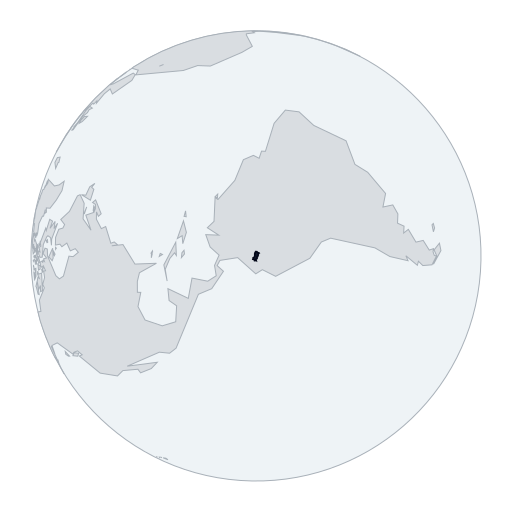 the Earth from above Orellana, rotated 274°
{"feature_id": "ECU-1286", "entity_name": "Orellana", "entity_type": "Province", "adm_level": 1, "iso_a3": "ECU", "parent_name": "Ecuador", "parent_adm1": "", "projection": "orthographic", "projection_center": [-76.398, -0.797], "detail": "fine", "context": "on_globe", "style": "filled", "palette": "ink", "viewbox_px": 512, "rotation_deg": 274, "n_neighbors": 0, "source": "natural_earth", "source_scale": "10m", "svg_char_len": 8460}
<svg xmlns="http://www.w3.org/2000/svg" viewBox="0 0 512 512"><g transform="rotate(274 256 256)"><circle cx="256" cy="256" r="225" fill="#eef3f6" stroke="#a8b0b8"/><path d="M151.7,56.3L156.9,53.8L160.5,52.1L158.9,52.7L164.2,50.3L165.1,49.9L169.6,48.0L176.1,45.3L185.0,42.4L185.7,45.3L196.9,43.0L209.5,47.1L212.8,45.2L219.7,46.6L226.2,45.2L226.6,47.1L231.4,44.5L229.7,43.2L231.2,41.8L234.8,41.1L236.1,43.0L234.4,43.7L236.7,43.9L235.8,45.3L238.3,44.3L239.4,47.2L243.7,43.4L249.1,45.0L248.4,47.3L241.4,48.1L222.4,57.7L219.5,61.5L222.5,65.3L242.8,69.4L242.6,73.6L247.3,78.5L250.7,75.2L248.2,70.4L255.7,66.4L251.7,61.7L254.1,59.6L252.9,55.1L260.7,54.8L268.9,57.4L270.4,61.4L274.0,62.9L278.8,58.7L287.5,66.8L303.5,73.7L304.9,76.3L296.6,80.9L281.0,80.9L270.2,89.6L284.9,83.4L288.2,91.2L292.0,92.5L296.3,92.2L298.0,89.2L300.8,92.1L287.3,98.6L284.6,96.0L288.9,93.8L281.6,94.2L272.5,99.8L274.9,104.0L258.6,110.3L260.1,113.6L257.4,117.3L256.1,111.4L258.1,122.5L239.5,135.8L241.8,157.2L231.2,140.9L222.3,139.4L211.5,140.2L211.7,143.6L197.3,141.8L184.4,149.8L179.8,167.3L184.8,180.5L200.8,180.3L205.5,172.4L217.3,170.4L209.0,191.4L229.5,193.7L227.5,209.6L233.5,217.7L243.7,215.3L254.3,219.1L261.8,209.6L273.8,204.4L274.2,217.4L280.8,205.5L287.6,211.7L311.5,211.1L309.7,214.1L329.9,229.6L351.2,236.7L356.2,246.4L353.7,252.3L361.0,254.2L361.1,258.1L389.6,264.8L403.6,275.1L402.8,288.9L390.3,304.5L377.2,337.8L354.3,348.3L347.3,361.6L327.4,380.9L313.7,379.2L316.5,388.9L307.9,394.6L298.6,394.9L296.1,401.6L289.2,401.7L293.2,406.1L281.0,414.6L283.2,421.7L274.0,428.4L275.7,432.5L272.6,432.3L269.1,433.8L268.5,436.0L259.5,432.2L258.1,423.1L262.1,418.4L258.0,417.6L266.7,405.5L261.9,408.0L264.8,389.6L272.4,374.1L279.0,329.2L274.5,320.2L257.5,309.9L237.1,277.0L242.8,263.3L238.2,257.0L253.1,237.8L249.1,220.3L243.7,217.9L238.5,224.6L220.3,214.1L213.8,201.2L158.5,182.7L153.0,176.6L153.3,166.3L137.1,135.2L143.1,164.9L136.4,159.4L131.4,149.0L134.8,146.1L132.4,131.2L126.7,126.2L128.3,108.7L143.9,86.7L145.3,89.5L148.9,84.6L147.3,81.1L145.4,80.1L155.5,63.8L152.5,58.7L144.3,62.2L151.8,58.0L131.2,69.0L124.9,72.8L136.6,65.6L141.2,62.8L139.2,63.5L143.6,60.8L144.9,60.0L151.7,56.3ZM46.6,182.4L48.2,177.4L48.0,180.2L46.6,182.4ZM48.8,174.7L48.3,176.3L48.6,175.1L48.8,174.7ZM48.7,174.0L48.7,174.5L48.7,174.0ZM48.3,173.7L48.6,173.6L48.5,173.9L48.3,173.7ZM240.7,164.7L264.2,175.0L251.0,176.5L253.5,174.5L247.5,170.2L236.4,166.4L224.8,169.1L240.7,164.7ZM48.5,171.7L48.6,171.0L49.0,170.5L48.5,171.7ZM251.0,152.4L246.9,151.7L250.9,151.5L251.0,152.4ZM143.8,80.3L146.8,81.4L146.6,85.9L143.6,85.1L143.8,80.3ZM144.7,73.1L147.4,72.4L143.1,77.0L143.0,75.9L144.7,73.1ZM137.4,65.8L139.0,65.4L135.9,66.7L137.4,65.8ZM248.7,55.6L250.7,55.4L249.9,56.3L248.7,55.6ZM246.2,54.0L243.8,55.4L242.2,54.8L243.8,54.0L246.2,54.0ZM249.6,52.6L239.8,53.8L237.1,53.0L240.7,49.4L249.6,52.6ZM227.6,43.1L229.5,44.5L224.5,44.1L227.6,43.1ZM224.0,43.3L206.5,45.4L205.4,43.6L211.5,43.0L207.4,41.6L215.5,39.5L219.5,39.9L218.6,41.4L222.4,39.5L224.0,43.3ZM231.4,41.3L227.9,41.6L226.8,40.0L233.4,38.9L231.7,39.7L231.4,41.3ZM202.4,42.4L202.7,41.3L209.3,39.2L210.3,38.6L215.6,39.4L202.4,42.4ZM233.8,39.8L236.9,38.5L240.7,38.8L234.7,40.8L233.8,39.8ZM223.6,40.0L223.4,39.3L225.7,39.3L223.6,40.0ZM256.2,39.9L252.1,39.9L251.1,38.9L256.2,39.9ZM237.7,38.0L236.4,38.0L235.6,37.7L238.3,37.0L237.7,38.0ZM219.9,38.0L222.6,37.6L218.1,37.6L222.8,36.4L225.5,37.3L226.4,36.4L227.8,36.1L228.4,37.3L219.9,38.0ZM238.6,35.7L243.6,37.0L251.4,36.9L252.5,37.7L239.7,37.8L238.6,35.7ZM232.5,36.5L236.5,36.1L235.8,37.0L232.7,37.8L232.5,36.5ZM225.1,35.4L217.1,37.0L216.8,36.8L225.1,35.4ZM241.0,35.4L239.7,35.2L241.6,35.3L241.0,35.4ZM230.2,35.1L227.4,35.6L227.1,35.4L230.2,35.1ZM239.5,34.4L241.2,34.7L239.1,35.2L239.5,34.4ZM235.4,34.6L235.7,34.1L237.4,35.1L234.2,34.8L235.4,34.6ZM230.4,34.8L229.3,34.8L231.6,34.7L230.4,34.8ZM246.6,32.9L249.2,34.1L244.6,34.9L242.6,33.6L246.6,32.9ZM274.3,440.1L260.1,433.6L268.2,436.6L274.5,433.2L281.6,438.1L274.3,440.1ZM292.5,431.3L299.4,429.4L300.8,430.6L296.4,432.2L292.5,431.3ZM415.9,97.3L417.8,99.2L418.2,99.7L423.8,105.7L416.5,98.3L417.8,101.7L429.9,120.8L428.5,122.9L422.5,119.9L407.6,101.4L412.5,98.9L407.3,93.4L397.3,86.2L399.6,86.4L396.2,83.5L397.1,82.7L389.7,75.6L389.3,74.7L377.9,66.7L376.1,65.4L383.4,70.3L388.2,73.7L388.0,73.4L402.4,84.8L415.9,97.3ZM381.0,68.6L370.3,61.9L372.3,63.5L360.7,56.9L345.8,49.4L363.8,58.2L381.0,68.6ZM462.4,346.2L471.7,320.5L476.3,303.0L478.8,289.5L480.4,260.1L480.5,243.7L479.6,237.0L478.6,238.8L477.0,230.9L475.9,230.9L464.9,237.7L458.2,227.8L442.3,197.2L441.9,184.5L436.0,170.6L428.3,123.5L433.2,125.6L434.6,119.2L436.0,120.6L442.9,130.6L445.4,134.0L453.5,147.6L460.6,161.8L466.7,176.4L471.8,191.4L475.8,206.7L478.7,222.3L480.6,238.0L481.3,253.8L480.9,269.6L479.4,285.4L476.7,301.0L473.0,316.4L468.3,331.5L462.4,346.2ZM438.6,146.3L440.6,150.4L438.6,146.3ZM312.2,211.0L315.1,213.5L311.3,213.5L312.2,211.0ZM249.2,181.7L254.1,181.9L256.7,183.8L253.0,184.5L249.2,181.7ZM290.5,181.5L296.1,182.6L290.3,183.6L290.5,181.5ZM267.9,176.3L286.0,181.2L274.7,184.9L263.2,182.1L271.1,180.9L267.9,176.3ZM248.8,159.5L251.9,160.3L251.0,162.6L248.8,159.5ZM253.9,152.4L252.7,152.6L251.1,150.8L253.9,152.4ZM289.0,90.8L290.1,90.4L294.6,90.7L292.6,91.9L289.0,90.8ZM313.4,85.3L317.2,90.2L313.1,87.3L311.2,89.6L300.1,86.9L305.0,77.6L304.8,82.0L313.4,85.3ZM286.7,81.6L293.2,83.7L285.9,81.8L286.7,81.6ZM376.1,70.5L379.3,71.9L383.2,75.1L383.6,78.2L378.0,73.3L376.1,70.5ZM383.0,73.3L369.2,64.8L368.4,63.2L371.2,65.4L372.0,65.2L376.7,68.8L389.5,76.3L393.7,79.8L392.1,82.4L390.3,79.3L387.3,77.9L383.0,73.3ZM335.4,52.1L329.4,50.0L335.4,48.9L340.3,51.0L341.0,53.7L335.6,52.8L335.4,52.1ZM257.8,46.8L255.1,47.3L254.7,46.6L256.7,45.6L257.8,46.8ZM254.3,39.9L269.1,44.3L266.8,45.0L278.2,47.7L276.6,50.6L269.2,48.6L276.5,53.2L269.2,52.6L274.8,55.8L258.6,51.0L252.4,51.2L260.0,49.8L261.7,47.0L260.5,45.9L252.6,43.0L239.9,42.8L239.6,40.6L242.7,39.1L245.7,38.8L245.0,40.2L249.5,38.9L250.7,40.7L254.3,39.9ZM279.5,32.3L277.4,32.5L286.7,33.1L288.0,33.7L289.0,33.8L292.7,34.7L299.0,36.2L298.5,36.4L301.2,36.9L303.7,37.8L307.2,38.7L307.6,39.7L311.8,41.0L309.6,40.8L316.8,42.8L311.6,41.8L314.4,43.3L318.0,43.5L311.8,50.0L313.2,54.7L317.2,59.4L307.7,57.9L297.9,52.9L289.3,47.2L289.3,43.5L285.0,43.8L283.8,42.3L287.7,42.6L280.9,41.3L280.9,40.2L273.2,37.2L263.5,36.6L260.4,35.8L264.2,35.5L258.5,35.0L263.7,34.0L261.6,33.6L264.7,32.5L273.3,32.7L270.3,32.3L272.5,31.9L279.5,32.3ZM247.7,32.6L257.7,31.9L263.3,32.2L255.6,34.1L256.8,34.6L252.1,36.5L244.1,36.3L246.1,35.7L246.3,35.1L248.7,35.4L246.9,34.7L249.7,34.1L249.0,33.5L252.5,33.3L247.7,32.6ZM433.8,117.6L433.2,116.9L433.3,117.0L433.8,117.6ZM425.4,108.1L425.0,107.4L430.2,113.5L429.9,113.5L425.4,108.1ZM420.3,102.2L424.5,106.9L422.1,104.3L420.3,102.2ZM384.2,70.8L385.8,71.9L382.6,69.7L381.6,69.0L381.8,69.1L384.2,70.8Z" fill="#d9dde1" stroke="#a8b0b8" stroke-width="1"/><path d="M260.4,255.4L260.3,255.5L260.3,255.8L260.5,256.4L260.5,256.5L260.4,256.7L260.2,256.7L259.9,256.5L259.3,258.8L259.2,258.9L259.1,258.7L258.9,258.7L258.7,258.6L258.6,258.4L258.4,258.4L258.2,258.3L258.2,258.2L257.9,258.2L257.7,258.1L257.4,258.0L257.3,257.9L257.2,257.9L257.0,258.0L256.9,257.9L256.7,257.9L256.6,258.0L256.5,257.9L256.5,258.0L256.4,258.0L256.2,257.9L255.9,257.8L255.7,257.8L255.7,257.7L255.5,257.4L255.5,257.2L255.4,257.0L255.2,257.0L254.9,257.1L254.7,257.1L254.4,257.2L254.3,257.3L254.2,257.4L253.8,257.3L253.5,257.2L253.4,257.2L253.3,256.9L253.5,256.8L253.4,256.7L253.5,256.6L253.4,256.5L253.3,256.4L253.2,256.4L252.9,256.3L252.9,256.2L253.1,255.8L253.2,255.7L252.8,255.9L252.7,256.1L251.9,256.5L251.7,256.5L251.4,256.6L251.5,256.4L251.6,256.2L251.5,255.9L251.6,255.7L251.6,255.4L251.4,255.1L251.2,255.1L251.2,254.9L251.3,254.9L251.4,254.7L251.5,254.7L251.7,254.8L251.8,254.8L252.0,254.9L252.2,254.7L252.3,254.5L252.3,254.4L252.5,254.3L252.6,254.2L252.6,253.9L252.5,253.7L252.5,253.4L252.5,253.1L252.9,253.2L253.0,253.2L253.3,253.3L253.5,253.3L253.6,253.2L253.8,253.1L254.0,253.2L254.0,253.3L254.4,253.8L254.5,253.9L254.6,254.0L254.8,254.2L254.8,254.3L255.0,254.4L255.1,254.5L255.3,254.5L255.6,254.7L255.7,254.8L255.8,254.8L256.0,254.9L256.2,254.7L256.4,254.7L256.5,254.6L256.8,254.6L257.2,254.6L257.2,254.8L257.3,254.8L257.5,255.0L257.8,255.1L257.8,254.6L258.0,254.5L258.3,254.6L258.5,254.6L258.8,254.7L259.0,254.7L259.1,254.8L259.3,254.8L259.3,255.0L259.5,255.0L259.8,255.1L260.0,255.2L260.1,255.3L260.3,255.3L260.4,255.4Z" fill="#0f172a" stroke="#020617" stroke-width="1.5"/></g></svg>